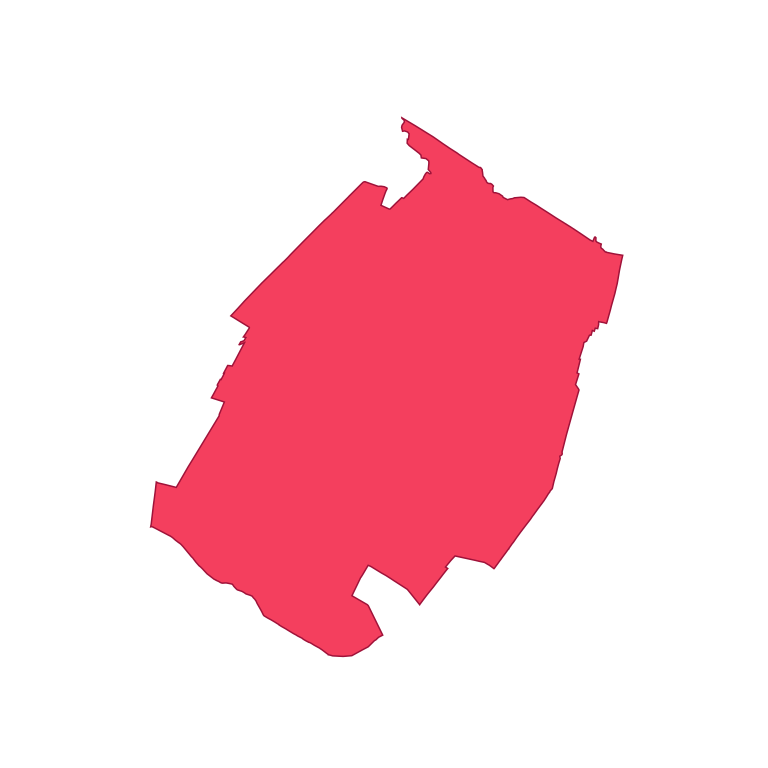 Mozaceni, Arges, Romania (Robinson projection), rotated 159°
{"feature_id": "2599482B69451862897521", "entity_name": "Mozaceni", "entity_type": "district", "adm_level": 2, "iso_a3": "ROU", "parent_name": "Romania", "parent_adm1": "Arges", "projection": "robinson", "projection_center": [25.183, 44.552], "detail": "fine", "context": "isolated", "style": "filled", "palette": "rose", "viewbox_px": 768, "rotation_deg": 159, "n_neighbors": 0, "source": "geoboundaries", "source_scale": "gbopen_adm2", "svg_char_len": 5847}
<svg xmlns="http://www.w3.org/2000/svg" viewBox="0 0 768 768"><g transform="rotate(159 384 384)"><path d="M271.9,626.1L272.0,625.6L271.4,624.4L270.7,623.2L270.9,622.2L271.1,621.2L272.7,620.2L274.4,619.1L275.6,617.3L276.1,613.3L274.1,612.9L271.6,610.8L270.9,608.6L272.2,606.1L273.6,603.6L274.5,604.2L275.3,602.3L276.1,600.5L275.0,597.5L271.7,592.1L269.0,587.6L268.5,586.8L267.5,584.5L268.1,581.7L264.0,579.4L262.3,576.3L262.8,574.4L264.4,571.2L265.8,568.4L264.5,564.7L264.8,563.7L266.1,564.0L267.4,565.9L267.9,566.2L268.5,566.1L270.0,565.3L272.3,563.4L274.1,561.4L287.4,555.3L295.0,552.1L299.1,550.2L300.4,551.4L300.8,551.6L305.2,549.7L307.9,548.6L311.9,546.8L315.6,545.2L316.0,545.2L316.6,545.6L322.8,551.9L319.9,555.5L318.4,557.3L314.9,561.4L312.9,563.6L311.5,564.8L311.1,565.3L311.0,565.7L311.1,566.1L313.1,568.1L315.9,569.7L318.6,570.6L329.3,579.7L330.5,579.9L331.2,579.8L333.4,578.9L339.9,576.0L347.6,572.6L348.8,572.1L350.6,571.2L354.9,569.3L369.8,562.6L371.4,562.0L372.4,561.5L375.1,560.4L377.1,559.6L378.3,559.1L380.7,558.2L387.6,555.2L400.9,549.2L409.6,545.3L424.9,538.3L428.3,536.6L433.5,534.3L434.9,533.8L453.9,525.5L462.0,522.0L484.4,511.5L493.9,506.7L502.6,502.5L489.7,485.6L489.5,485.1L489.5,484.8L489.7,484.5L490.0,484.3L496.3,479.7L496.7,479.5L498.2,478.4L498.4,478.3L496.8,477.3L496.3,476.9L499.2,474.6L501.6,474.6L502.7,474.7L505.1,472.7L504.7,472.4L502.5,472.5L501.5,472.5L499.5,472.5L502.4,470.0L513.5,460.2L518.6,455.8L519.2,455.2L520.8,456.0L522.0,456.7L523.3,457.3L529.7,451.7L529.8,451.6L529.1,451.4L529.5,450.9L530.4,450.2L531.4,449.2L532.8,448.0L534.5,446.5L535.1,447.0L539.4,443.4L540.1,442.7L539.9,442.0L539.7,441.7L541.5,440.1L542.4,439.4L546.6,435.8L549.0,433.8L550.0,433.0L550.1,432.9L546.2,429.8L541.2,425.8L539.5,424.4L548.6,414.8L549.4,413.3L570.8,396.7L589.8,382.0L596.1,377.2L614.5,362.3L615.0,361.9L617.4,363.6L624.2,368.4L630.8,372.9L631.0,373.4L631.7,374.1L635.8,366.2L639.3,359.7L642.9,353.1L649.3,340.9L651.5,336.7L652.5,335.1L653.0,334.3L652.7,334.3L652.4,334.2L651.8,333.9L651.3,333.5L650.8,333.1L650.7,332.9L638.5,319.1L638.4,319.1L638.2,318.9L638.0,318.6L637.8,318.4L637.6,318.1L637.5,317.9L636.8,316.9L636.4,316.3L636.0,315.5L635.2,314.0L634.7,313.0L633.2,310.6L632.7,309.7L632.5,309.4L632.0,308.9L631.8,308.5L631.0,307.1L630.9,306.8L630.8,306.6L630.5,305.9L630.3,305.3L630.1,304.8L630.0,304.7L625.7,291.9L624.9,290.2L624.2,287.6L623.4,284.9L621.8,280.6L620.8,278.9L619.7,276.5L618.6,273.7L617.2,270.2L615.3,267.1L612.5,262.5L611.3,261.4L611.3,261.2L611.2,261.0L609.0,258.8L607.8,257.2L606.5,256.1L605.0,255.6L603.3,255.1L602.0,254.5L598.7,252.4L597.4,251.5L597.0,250.3L596.7,248.9L596.1,247.4L595.4,245.7L594.7,244.4L593.6,243.5L590.9,241.3L589.3,239.3L588.1,237.5L586.6,236.3L586.5,236.2L584.5,234.6L583.0,233.0L582.7,231.6L581.7,229.2L581.2,227.0L581.1,224.8L580.8,222.7L580.5,220.8L580.1,218.2L579.7,215.1L579.5,212.8L579.5,212.6L579.3,211.2L579.0,210.5L576.2,206.9L574.0,204.4L571.1,200.7L570.0,199.2L568.3,197.0L568.4,196.8L566.6,194.4L563.7,190.9L560.8,187.1L558.0,183.5L556.0,181.2L555.0,179.8L553.0,177.6L551.5,175.9L550.9,174.7L549.0,172.3L546.8,169.8L545.8,169.1L544.5,167.5L542.8,165.2L540.5,162.5L539.4,161.2L538.9,160.7L538.3,159.7L537.0,157.9L533.9,152.8L533.7,152.6L533.2,151.8L533.0,151.5L533.1,151.2L531.5,150.2L529.4,148.6L519.7,144.3L511.4,141.9L499.7,143.5L492.9,144.3L484.7,147.9L483.4,148.0L479.8,149.5L475.2,150.0L478.1,182.6L478.6,183.9L485.3,192.2L489.8,197.8L487.0,200.5L480.5,206.6L475.0,211.8L474.6,211.9L471.7,214.1L463.8,220.4L463.2,219.9L462.1,218.8L461.3,217.9L454.8,209.4L454.1,208.5L450.8,204.5L447.7,200.3L445.2,196.8L443.3,194.2L437.0,185.6L435.8,183.9L435.0,181.5L434.0,178.4L429.8,165.2L429.7,165.3L425.6,167.9L421.3,170.6L418.7,172.2L410.5,176.9L406.5,179.4L399.5,183.6L397.6,184.8L392.9,187.6L390.6,188.9L392.2,191.1L384.8,195.3L379.3,198.0L370.9,192.5L362.5,187.0L358.4,184.2L354.2,181.5L353.7,180.9L351.1,177.6L350.8,177.4L347.5,172.2L346.7,172.6L344.6,174.0L342.7,175.2L339.5,177.3L337.7,178.4L335.6,179.8L331.0,182.7L327.0,185.3L326.8,185.2L326.4,185.4L326.3,185.8L324.6,186.9L321.8,188.8L319.9,189.9L315.1,193.2L310.9,195.9L310.0,196.5L303.7,200.4L295.8,205.2L292.8,207.3L291.0,208.4L285.2,212.2L278.4,216.5L276.5,217.7L273.2,220.1L269.8,222.7L268.2,223.6L267.2,224.6L264.4,226.0L260.3,232.1L255.2,238.9L252.5,242.9L249.6,246.9L246.2,251.3L246.0,252.6L245.8,253.6L245.1,253.7L243.5,254.1L242.7,254.8L242.1,256.8L231.7,271.5L217.6,290.5L207.6,303.9L204.1,308.5L204.2,309.7L204.8,312.3L205.4,314.8L198.4,323.6L199.8,325.2L196.0,330.6L191.8,336.7L192.9,337.3L184.7,347.5L183.2,350.0L182.5,351.1L179.5,351.4L174.7,355.9L173.1,355.4L170.3,359.3L168.8,357.9L166.8,360.4L165.7,359.7L164.7,359.1L162.5,362.3L162.2,362.9L161.9,363.8L161.2,365.3L160.5,364.8L156.6,362.4L154.6,360.9L154.4,361.1L154.1,361.3L146.2,371.9L143.9,375.2L136.0,385.8L132.7,390.7L130.4,394.0L127.7,398.5L123.2,406.1L117.9,414.3L115.0,418.6L122.2,422.8L129.1,427.2L129.2,427.6L130.0,427.9L130.3,428.6L131.0,430.1L131.4,431.3L132.4,432.8L132.6,434.0L132.0,435.3L131.0,436.8L133.0,438.7L134.6,440.5L134.9,441.8L134.6,442.5L134.2,443.5L133.7,444.5L134.1,445.5L134.8,445.6L137.9,442.3L140.1,444.7L145.1,451.9L153.5,463.7L164.1,477.7L168.0,483.1L174.5,491.9L177.6,496.2L181.6,501.3L186.4,507.9L189.3,509.3L195.6,511.1L197.3,511.0L200.0,511.6L202.6,511.8L204.4,513.8L205.4,514.9L205.9,515.6L206.0,516.9L208.4,520.4L211.3,522.6L212.7,523.1L213.4,524.4L212.8,526.0L211.9,528.5L210.9,529.6L211.6,531.5L212.0,532.2L212.7,533.0L214.0,533.5L215.1,534.3L215.5,535.0L215.8,535.7L215.8,537.7L216.1,538.2L216.4,540.2L217.1,542.7L216.0,546.9L216.0,547.4L215.5,548.9L216.0,550.6L216.2,551.3L216.7,551.8L217.7,552.2L223.1,559.5L229.3,568.1L231.7,571.4L232.8,573.2L238.4,580.8L240.4,583.7L242.8,587.1L244.4,589.5L249.4,596.9L262.2,613.8L271.9,626.1Z" fill="#f43f5e" stroke="#9f1239" stroke-width="1.5"/></g></svg>